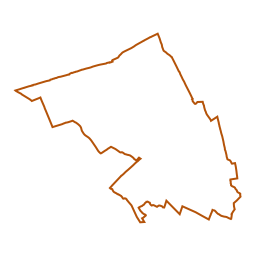 the district of Roma, Botosani, Romania
{"feature_id": "2599482B63715115104271", "entity_name": "Roma", "entity_type": "district", "adm_level": 2, "iso_a3": "ROU", "parent_name": "Romania", "parent_adm1": "Botosani", "projection": "mercator", "projection_center": [26.588, 47.842], "detail": "fine", "context": "isolated", "style": "outline", "palette": "amber", "viewbox_px": 256, "rotation_deg": 0, "n_neighbors": 0, "source": "geoboundaries", "source_scale": "gbopen_adm2", "svg_char_len": 5794}
<svg xmlns="http://www.w3.org/2000/svg" viewBox="0 0 256 256"><path d="M231.2,218.8L231.5,217.0L231.8,214.6L231.9,214.2L231.6,214.0L233.2,211.4L234.7,209.3L234.3,207.9L234.2,207.1L234.0,206.5L233.8,204.0L233.8,203.1L236.8,200.5L239.1,198.1L240.5,196.7L240.5,196.3L240.2,195.2L240.1,194.6L240.3,194.1L240.2,194.0L240.1,193.9L240.1,193.6L239.5,193.1L238.9,192.9L238.5,192.7L237.9,192.3L237.4,191.9L237.1,191.4L236.9,190.6L236.8,190.4L236.5,190.0L236.4,189.9L236.3,189.7L235.9,189.4L235.4,188.7L235.2,188.4L235.0,187.8L234.6,187.4L234.1,187.1L233.0,186.6L232.1,186.2L231.3,185.6L231.1,185.4L231.0,185.1L231.1,184.6L230.9,183.7L230.7,183.4L230.7,182.3L230.7,181.7L230.7,181.3L230.4,180.9L230.3,180.3L230.4,179.8L230.4,179.5L237.3,178.4L237.1,176.3L236.8,174.3L236.4,170.8L235.8,166.8L235.4,164.8L235.0,163.1L232.0,163.7L231.8,163.6L230.9,161.7L230.1,160.5L230.0,160.4L227.6,159.4L227.4,159.2L227.3,158.9L227.1,158.0L227.0,157.7L226.9,157.4L226.7,156.8L226.5,155.2L225.6,151.4L225.4,150.7L225.0,149.9L224.9,149.6L224.8,148.1L224.0,144.8L223.4,141.4L222.8,138.8L222.2,136.2L221.3,133.4L220.6,130.4L220.4,129.8L220.2,129.2L220.2,128.8L219.9,127.9L219.7,126.9L219.5,126.5L219.4,125.7L218.8,123.3L218.8,122.9L218.6,122.1L217.7,118.5L217.3,116.7L214.1,118.8L211.0,120.8L210.8,120.2L210.6,119.9L210.3,119.3L207.2,115.0L206.7,114.2L206.5,113.8L206.1,112.9L205.9,112.1L205.3,110.8L205.0,110.1L204.2,107.2L204.0,105.8L203.9,105.3L203.5,104.7L203.2,103.7L202.9,102.8L202.7,101.8L197.5,102.0L196.8,102.6L196.6,103.0L196.1,103.5L195.8,103.7L195.2,103.9L194.7,103.7L194.0,102.8L192.9,101.5L192.6,101.0L192.6,100.8L192.6,100.5L192.6,100.0L192.4,99.6L192.2,99.4L192.6,99.1L192.7,98.8L192.2,98.2L191.9,97.6L191.5,96.6L189.7,92.9L185.9,85.5L184.9,83.4L184.1,81.6L183.5,80.6L182.8,79.4L181.5,76.6L180.6,74.8L180.2,74.0L180.1,73.5L179.5,72.0L179.2,71.6L178.9,71.5L176.5,66.5L172.9,59.3L172.0,57.6L172.0,57.3L170.9,56.5L170.5,56.0L169.7,55.3L169.0,54.8L167.9,54.1L167.1,53.5L166.0,52.4L163.7,50.8L163.4,50.2L162.7,48.3L162.2,47.0L161.8,44.7L161.5,43.9L160.9,42.6L159.6,38.4L157.7,33.7L151.6,36.6L150.7,37.1L150.3,37.1L148.4,38.2L146.9,39.0L146.2,39.4L145.7,39.6L136.4,44.8L135.9,45.1L135.3,45.5L134.1,46.4L131.3,48.1L124.5,51.4L122.5,52.5L121.7,53.3L120.7,54.4L119.8,55.2L119.4,55.6L118.5,57.0L118.1,57.5L117.6,57.8L112.5,60.1L112.2,60.4L112.1,60.6L112.5,61.3L112.6,61.6L111.1,62.2L109.7,62.6L109.6,62.3L108.2,62.7L107.1,62.9L106.8,63.0L106.1,63.5L99.8,64.7L97.8,65.2L96.3,65.6L92.8,66.6L90.8,67.4L89.0,67.9L86.4,68.5L82.7,69.6L81.8,69.7L81.2,70.0L80.0,70.4L77.1,71.5L75.8,71.7L75.3,72.0L74.3,72.2L72.1,73.0L71.7,72.9L71.4,72.9L71.3,73.0L69.5,73.9L69.3,74.5L67.5,74.8L66.3,75.2L60.3,76.8L60.0,76.8L58.3,77.1L56.3,78.0L55.2,78.1L54.5,78.5L54.2,78.5L53.6,78.7L53.1,78.8L51.7,79.4L50.6,79.6L50.3,79.7L49.8,80.4L46.4,81.1L38.0,83.6L35.4,84.5L34.0,84.7L32.2,85.3L32.3,85.5L31.5,85.7L28.9,86.3L15.4,90.5L15.7,90.8L18.5,92.4L21.2,93.8L21.5,94.1L21.7,94.3L21.9,94.5L22.9,95.1L29.6,99.2L31.3,100.5L31.8,101.0L38.8,98.2L40.4,97.5L41.6,100.6L44.3,106.8L44.8,108.4L45.8,110.7L49.6,119.9L51.8,125.3L52.5,127.1L61.7,124.3L62.6,124.0L63.5,123.5L64.3,123.3L65.9,122.6L66.5,122.6L68.2,122.2L71.6,121.1L72.6,120.7L73.6,121.3L74.8,122.1L76.1,122.7L76.5,123.0L78.1,124.2L79.2,125.2L80.0,126.0L80.4,126.5L80.7,127.1L81.1,127.9L81.6,129.9L81.7,130.2L81.9,130.8L83.0,132.6L83.8,133.8L84.5,134.6L85.4,135.4L88.5,137.5L89.6,138.5L91.2,140.4L95.8,147.1L98.1,150.8L99.1,152.0L99.9,152.7L100.5,153.3L100.8,153.4L101.6,153.0L105.5,150.4L106.6,149.8L107.3,149.2L107.8,148.8L110.1,147.4L110.7,146.9L111.0,146.8L115.4,149.0L117.7,150.6L119.1,151.6L119.7,152.1L120.2,152.3L120.6,152.4L120.9,152.5L121.9,152.2L123.3,152.9L124.5,153.9L124.9,154.1L126.2,154.4L127.4,154.8L128.6,155.0L130.2,155.5L130.5,155.7L131.3,156.3L132.3,157.0L133.5,158.0L134.1,158.9L134.6,159.3L135.2,159.6L136.3,160.5L136.5,160.3L136.8,160.2L137.6,159.2L138.0,158.8L138.5,158.2L138.7,157.8L138.9,157.6L139.0,157.6L140.2,158.5L140.5,158.7L139.1,159.8L138.2,160.7L137.7,161.2L137.3,161.4L135.1,163.3L133.2,165.2L131.1,167.1L128.2,169.7L125.7,171.8L124.9,172.6L123.3,174.2L122.3,175.0L121.9,175.4L121.3,175.7L121.3,175.8L120.8,176.3L114.1,183.4L112.8,184.8L112.2,185.4L111.2,186.6L109.9,188.0L110.5,188.6L110.8,188.8L111.8,189.0L112.2,189.1L112.3,189.2L112.5,189.7L112.7,190.3L113.2,191.1L113.7,191.8L114.4,192.3L114.7,192.4L115.3,192.8L116.6,193.4L117.5,194.2L118.5,194.3L119.1,194.9L119.6,195.0L120.6,195.7L121.1,195.9L121.3,196.1L121.7,196.7L121.9,196.9L122.2,197.2L122.5,197.7L122.8,198.3L123.0,198.5L123.3,198.7L123.7,198.7L124.1,198.6L124.6,198.3L124.8,198.3L125.8,198.6L125.9,198.8L126.0,198.9L126.2,199.0L126.6,199.3L126.8,199.7L127.1,200.3L127.7,200.9L128.4,201.8L131.5,205.4L136.8,216.9L140.2,222.3L144.3,222.0L142.1,218.3L143.1,217.8L145.8,215.5L145.7,215.0L145.2,214.6L144.6,214.4L143.8,214.0L142.3,212.9L141.9,212.3L140.8,211.2L140.2,210.4L138.6,207.7L138.8,207.5L139.7,207.0L140.6,206.5L142.0,206.0L142.3,205.8L142.6,205.4L143.7,204.8L144.2,204.3L144.7,203.5L144.9,203.2L145.5,202.7L146.3,202.1L146.6,202.0L146.6,201.8L146.9,201.8L147.2,201.7L147.4,201.6L147.6,201.6L148.2,201.9L148.6,202.3L148.9,202.4L149.4,202.5L149.8,202.7L149.9,203.0L150.1,203.9L150.4,204.4L151.2,205.2L151.6,205.5L151.9,205.5L152.8,205.1L153.5,205.1L157.0,206.8L157.8,206.2L159.0,205.5L160.0,205.6L162.0,206.3L163.0,207.4L164.2,207.5L165.0,205.2L166.4,200.7L179.7,214.2L182.4,206.3L195.6,212.2L202.4,216.0L208.8,219.5L210.2,215.8L210.7,214.8L210.8,214.2L211.7,212.3L212.5,209.9L213.4,210.3L214.3,210.4L214.7,210.6L215.7,211.5L216.4,212.4L217.8,213.7L218.4,214.1L219.1,214.3L219.4,214.5L219.6,214.8L220.8,215.5L221.2,215.8L224.1,216.6L225.6,216.8L226.5,217.0L227.2,217.3L228.9,218.2L230.1,218.7L230.5,218.8L230.9,219.0L231.0,218.9L231.2,218.8Z" fill="none" stroke="#b45309" stroke-width="2"/></svg>